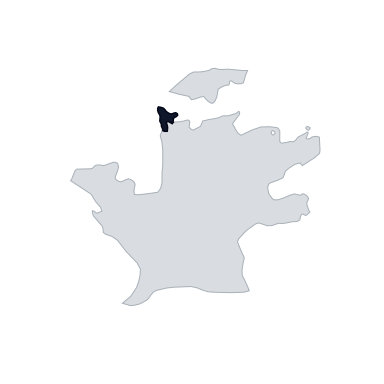 Zəngilan on a map of Azerbaijan (Equal Earth projection), rotated 126°
{"feature_id": "AZE-1740", "entity_name": "Zəngilan", "entity_type": "District", "adm_level": 1, "iso_a3": "AZE", "parent_name": "Azerbaijan", "parent_adm1": "", "projection": "equal_earth", "projection_center": [46.619, 39.055], "detail": "fine", "context": "in_parent", "style": "filled", "palette": "ink", "viewbox_px": 384, "rotation_deg": 126, "n_neighbors": 0, "source": "natural_earth", "source_scale": "10m", "svg_char_len": 3938}
<svg xmlns="http://www.w3.org/2000/svg" viewBox="0 0 384 384"><g transform="rotate(126 192 192)"><path d="M254.2,296.9L252.8,296.8L243.2,299.2L241.1,298.5L232.8,287.6L231.1,286.4L227.5,285.9L225.4,284.1L223.6,281.2L222.7,279.0L214.1,273.1L212.8,270.9L212.6,269.0L213.8,267.3L215.3,265.9L219.4,264.4L224.3,263.2L225.9,262.3L226.6,260.7L226.6,258.2L225.8,255.7L218.7,251.2L218.0,249.3L217.7,246.9L218.1,244.5L219.2,242.5L224.8,239.9L227.9,237.2L226.0,234.1L219.8,227.2L212.4,219.6L207.6,219.5L202.0,221.8L193.1,228.2L188.1,231.0L181.7,235.6L174.6,240.8L168.8,246.2L165.3,250.7L158.8,252.7L155.6,256.4L144.8,267.8L141.8,267.7L141.6,262.0L141.8,257.6L141.1,255.0L137.6,251.5L137.6,250.0L138.5,249.0L141.2,249.6L144.6,249.4L146.2,248.0L142.6,243.4L139.3,240.3L136.6,238.2L135.9,236.9L135.9,236.1L136.5,235.0L141.2,232.5L141.7,230.1L141.4,227.5L133.9,223.7L128.3,225.1L123.3,220.8L120.0,217.4L116.0,213.9L112.4,211.9L109.0,207.4L103.0,202.8L99.2,201.5L99.3,200.8L100.0,199.9L101.6,199.2L112.2,199.4L113.5,198.6L114.2,196.6L115.7,193.7L117.4,189.4L117.3,185.7L106.6,179.9L98.9,174.5L93.5,167.4L89.9,161.0L90.1,158.8L91.1,156.8L99.4,150.8L100.0,149.3L99.8,148.2L96.9,145.2L93.2,142.0L92.0,139.7L89.7,138.6L85.3,138.5L77.5,134.6L75.9,134.3L75.5,133.5L75.9,132.7L81.5,131.2L81.4,129.9L79.7,128.2L76.6,127.0L73.7,123.9L72.8,121.2L82.8,113.1L85.8,111.5L92.3,113.0L105.9,118.3L105.0,121.3L106.4,122.9L109.5,125.2L115.5,127.5L120.5,128.7L123.1,127.7L127.0,126.8L132.1,129.5L136.8,132.8L139.1,134.2L140.4,134.6L143.9,133.5L148.2,129.1L149.9,123.9L150.3,121.4L147.9,117.9L142.7,114.2L137.0,110.9L133.3,108.0L131.0,102.3L128.6,101.6L128.0,100.9L127.6,98.9L127.7,96.2L128.5,94.1L130.9,93.2L133.2,92.9L135.3,90.9L138.0,86.9L139.1,84.8L144.1,86.0L144.8,89.5L145.6,90.3L147.7,89.9L151.2,88.4L153.9,89.5L157.4,93.7L162.3,98.1L164.9,101.1L166.0,103.1L168.5,105.1L172.1,107.5L175.0,111.2L177.7,119.7L180.3,121.7L189.7,124.9L193.0,125.6L202.3,126.7L205.6,125.9L210.3,118.5L214.5,111.0L218.5,109.4L225.7,105.7L230.0,102.3L231.8,98.5L235.8,91.5L238.2,87.6L242.5,91.1L250.0,100.6L260.7,116.1L263.3,120.5L265.1,125.6L266.6,131.8L269.1,137.3L280.0,151.1L284.7,156.2L292.4,162.8L295.1,164.3L298.6,164.7L305.1,164.7L311.1,167.3L314.1,169.1L317.2,171.8L320.0,174.8L322.9,182.9L312.5,180.3L302.0,180.7L296.1,182.4L290.4,184.8L284.9,188.2L281.6,194.7L278.9,210.0L274.8,224.2L275.0,230.8L277.0,237.2L276.8,240.2L274.9,241.5L272.5,244.2L269.4,257.4L267.8,260.0L265.7,261.6L265.1,260.1L265.2,256.6L260.5,253.6L258.1,257.0L256.5,264.2L253.2,271.9L253.1,273.3L254.2,296.9ZM98.1,162.3L98.6,160.3L97.3,159.4L95.9,159.3L94.7,160.4L94.7,162.9L96.3,163.3L98.1,162.3ZM63.3,221.6L61.8,219.5L61.1,218.4L65.7,217.4L73.4,214.6L75.5,215.9L77.8,218.8L78.9,221.3L79.0,225.8L80.0,226.6L83.7,225.0L85.4,226.9L88.3,229.1L93.3,231.3L100.5,227.8L104.1,227.0L107.1,227.0L108.7,228.1L109.2,231.7L108.6,236.0L107.8,238.4L109.3,240.2L115.2,244.4L117.7,246.8L116.5,250.8L120.9,260.8L122.3,264.7L124.1,269.4L115.0,267.6L98.7,263.6L94.2,261.5L90.0,255.9L87.5,253.2L83.7,249.8L80.7,248.5L78.4,246.1L77.1,242.6L75.1,239.4L71.8,235.6L64.3,223.0L63.3,221.6ZM73.7,137.2L72.7,137.9L71.1,137.2L70.7,135.7L70.8,134.0L72.3,133.7L73.6,134.1L73.9,135.6L73.7,137.2Z" fill="#d9dde1" stroke="#a8b0b8" stroke-width="1"/><path d="M142.9,250.4L143.5,250.4L145.7,248.8L146.7,248.7L147.1,248.5L146.9,248.1L148.4,248.2L148.9,252.7L150.8,253.9L152.1,251.9L153.7,250.0L155.5,248.8L157.4,247.7L159.1,249.9L159.5,251.6L158.8,252.2L158.1,253.0L156.9,255.1L156.7,255.5L156.3,255.8L155.5,256.3L155.1,256.6L154.6,257.5L153.8,259.4L153.0,260.1L150.3,261.6L149.4,262.3L148.8,263.1L147.5,266.0L146.9,266.8L146.3,267.6L145.5,268.2L144.8,268.7L143.8,269.1L142.9,269.2L141.3,265.6L141.1,264.9L141.0,264.1L141.1,263.4L141.3,262.6L141.3,262.4L142.0,260.3L142.1,258.5L141.9,256.8L141.3,254.8L140.1,253.8L138.6,252.9L137.4,251.7L137.3,249.8L138.4,248.7L140.1,249.0L142.9,250.4Z" fill="#0f172a" stroke="#020617" stroke-width="1.5"/></g></svg>